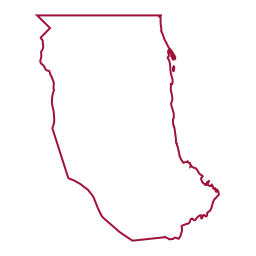 Red Sea, Equal Earth projection
{"feature_id": "SDN-149", "entity_name": "Red Sea", "entity_type": "State", "adm_level": 1, "iso_a3": "SDN", "parent_name": "Sudan", "parent_adm1": "", "projection": "equal_earth", "projection_center": [36.534, 19.492], "detail": "fine", "context": "isolated", "style": "outline", "palette": "rose", "viewbox_px": 256, "rotation_deg": 0, "n_neighbors": 0, "source": "natural_earth", "source_scale": "10m", "svg_char_len": 4730}
<svg xmlns="http://www.w3.org/2000/svg" viewBox="0 0 256 256"><path d="M218.9,194.6L214.1,199.8L213.2,201.6L211.2,208.5L210.2,210.4L209.6,211.1L207.9,212.2L207.3,212.8L207.1,213.7L207.2,214.7L207.1,215.6L206.5,216.3L205.7,216.5L205.2,216.0L204.6,215.3L204.1,214.9L202.9,215.4L202.7,215.4L202.6,215.8L202.6,216.1L202.7,216.4L202.7,216.9L202.3,217.8L201.8,218.4L201.3,218.4L201.1,217.4L201.1,216.5L201.1,215.8L200.8,215.3L200.0,215.3L199.2,215.7L196.9,217.7L195.8,219.4L195.2,220.1L194.4,220.3L193.6,220.0L192.6,218.8L191.9,218.5L190.7,219.3L189.3,222.8L187.9,223.7L186.5,223.9L182.1,225.7L181.7,226.0L181.6,226.5L182.0,228.6L182.0,229.4L181.9,231.3L181.7,232.2L180.9,233.9L180.8,235.0L180.5,235.9L178.6,238.8L175.5,237.6L174.5,237.7L172.9,239.0L171.9,239.1L171.4,239.0L169.5,239.4L169.2,239.3L167.9,238.3L167.5,238.1L166.7,237.9L166.1,237.6L165.6,237.2L165.0,236.9L164.3,237.0L164.1,237.3L133.2,240.6L132.6,240.6L131.7,240.2L119.7,232.1L103.1,217.7L101.8,216.1L101.3,215.2L98.0,208.5L93.7,197.6L93.0,196.4L91.8,194.6L87.8,189.7L80.0,183.8L73.8,180.3L68.9,178.5L68.4,178.1L68.1,177.5L52.5,128.7L52.4,128.1L52.5,127.7L52.6,127.4L53.7,124.3L54.1,122.2L54.2,121.1L54.2,119.0L53.7,111.7L52.2,104.9L51.9,102.4L52.0,98.9L52.6,94.2L53.4,91.7L53.9,90.5L54.0,90.3L54.0,90.1L53.7,89.5L53.6,89.2L53.6,88.8L53.6,86.1L53.8,84.2L53.8,83.8L53.8,83.4L53.6,82.4L53.2,80.9L52.6,79.3L52.2,78.6L51.6,76.9L51.5,76.5L51.3,76.2L51.0,75.9L50.9,75.7L50.2,74.2L49.6,71.8L49.5,71.6L49.3,71.2L49.2,71.1L48.8,70.9L47.3,70.5L46.9,70.4L46.6,70.2L46.3,69.9L45.7,69.4L45.5,69.1L43.5,65.5L43.1,65.1L41.3,63.7L41.0,63.4L40.9,63.2L40.5,62.3L40.4,62.1L40.3,61.8L40.3,61.5L40.4,60.6L40.5,60.0L41.1,57.8L41.3,56.8L41.3,55.3L41.1,52.1L41.2,51.8L41.3,51.4L42.4,49.7L42.6,49.3L42.8,48.8L42.9,48.4L43.2,46.8L43.2,46.2L43.2,45.7L43.1,44.9L42.9,44.0L42.8,43.8L42.8,41.8L42.8,41.3L42.5,40.4L42.4,40.2L42.1,39.7L41.7,39.3L41.1,38.5L40.7,37.6L50.1,28.1L37.1,15.4L37.8,15.4L44.8,15.4L52.5,15.4L60.3,15.4L67.5,15.4L67.8,15.4L68.0,15.4L75.8,15.4L83.5,15.4L91.2,15.4L99.0,15.4L106.7,15.4L114.4,15.4L122.2,15.4L129.9,15.4L137.7,15.4L145.4,15.4L153.1,15.4L160.9,15.4L160.8,16.0L160.7,16.2L160.6,16.3L160.1,16.4L159.5,16.7L160.3,17.4L160.6,18.0L160.6,23.4L161.4,29.5L161.1,30.8L161.5,31.2L161.6,31.7L161.7,32.3L161.9,32.8L162.2,33.2L162.5,33.7L164.3,39.0L168.6,47.4L171.5,50.8L175.0,56.5L175.3,57.3L175.2,58.2L175.0,58.9L174.5,59.3L173.9,59.0L173.2,59.6L172.6,59.0L171.7,57.0L171.5,56.6L171.2,56.0L171.1,55.5L171.4,55.3L171.8,55.4L172.0,55.8L172.2,56.3L172.4,56.7L173.2,57.4L173.6,57.6L173.9,57.4L173.8,57.1L173.0,55.9L172.5,54.1L172.1,53.5L171.6,53.7L170.7,52.8L170.4,53.3L170.1,53.2L169.9,52.8L169.8,52.2L169.9,51.7L170.1,51.1L170.1,50.6L169.8,50.1L168.9,49.8L168.3,50.6L168.1,51.8L168.2,52.8L168.4,53.1L168.8,53.1L168.8,53.4L168.7,54.0L168.6,54.3L168.8,55.5L168.8,56.0L168.6,56.5L168.3,56.9L167.9,57.1L167.7,57.3L167.7,58.0L167.9,58.4L168.9,59.9L169.7,62.5L170.2,65.3L170.5,71.2L171.0,74.0L172.5,79.4L172.6,82.3L172.5,83.0L172.3,83.7L172.0,84.1L170.9,83.9L170.8,84.5L171.0,85.8L170.7,89.0L171.0,90.8L171.0,91.5L171.8,94.1L172.0,95.7L172.2,97.2L172.4,99.3L171.9,101.0L171.9,101.3L171.8,101.8L171.4,102.5L171.2,102.9L171.2,104.1L171.4,105.6L173.6,112.8L173.8,114.3L173.8,117.2L173.7,118.0L173.5,118.5L173.0,119.5L172.9,120.2L173.1,122.9L173.1,123.8L173.1,124.1L173.3,124.6L173.8,125.7L174.5,128.3L175.8,137.9L176.1,142.5L176.2,143.1L176.5,143.4L176.8,143.6L177.0,143.9L177.0,144.2L176.9,144.8L176.8,145.1L177.7,146.6L178.1,148.8L178.8,151.7L179.2,153.6L179.5,156.0L180.0,156.8L180.7,158.5L181.5,160.2L182.6,161.5L182.8,162.0L183.1,162.5L183.4,162.8L183.9,162.6L184.2,162.3L184.5,162.4L186.5,162.0L187.6,161.4L187.8,162.2L188.5,162.7L189.1,162.9L189.8,162.8L190.0,163.4L190.1,164.1L190.7,164.7L190.4,166.5L190.9,166.1L191.3,165.9L191.7,166.3L192.2,167.1L196.0,168.4L197.4,170.2L198.4,172.2L199.8,174.0L200.8,174.8L202.2,175.6L202.7,176.2L202.2,177.0L201.4,177.6L201.1,179.1L202.1,181.7L203.7,183.6L205.5,184.1L206.8,183.8L207.0,182.2L207.7,181.9L208.9,181.0L209.1,181.5L208.8,181.9L208.3,182.2L208.0,182.5L207.9,182.9L208.0,183.4L207.9,183.9L207.5,184.4L207.0,184.6L206.5,184.6L206.2,184.6L205.9,185.0L206.3,185.0L207.5,184.7L208.0,184.8L208.3,185.1L208.5,185.4L208.9,185.6L209.3,185.8L210.3,185.9L210.7,186.1L211.2,186.2L211.6,186.0L211.6,185.7L211.2,185.4L211.8,184.7L212.4,185.6L213.5,187.8L213.2,188.4L213.8,188.9L214.6,189.0L215.1,188.5L215.5,189.2L215.6,191.0L215.8,191.5L216.5,191.7L216.8,191.0L216.8,190.0L216.3,189.1L216.9,189.5L218.3,191.4L218.5,192.1L218.5,192.8L218.6,193.2L218.9,194.2L218.9,194.6ZM173.7,66.4L174.0,66.7L174.2,66.8L174.3,67.4L173.9,70.3L173.7,71.1L173.3,71.1L173.0,70.0L173.0,68.6L173.2,67.3L173.7,66.4Z" fill="none" stroke="#9f1239" stroke-width="2"/></svg>